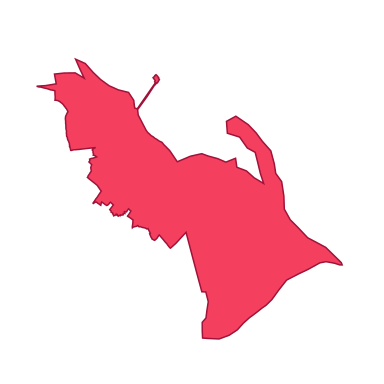 outline of Toliary-I, Atsimo-Andrefana, Madagascar, rotated 171°
{"feature_id": "10022922B36331574429859", "entity_name": "Toliary-I", "entity_type": "district", "adm_level": 2, "iso_a3": "MDG", "parent_name": "Madagascar", "parent_adm1": "Atsimo-Andrefana", "projection": "mercator", "projection_center": [43.678, -23.343], "detail": "fine", "context": "isolated", "style": "filled", "palette": "rose", "viewbox_px": 384, "rotation_deg": 171, "n_neighbors": 0, "source": "geoboundaries", "source_scale": "gbopen_adm2", "svg_char_len": 4992}
<svg xmlns="http://www.w3.org/2000/svg" viewBox="0 0 384 384"><g transform="rotate(171 192 192)"><path d="M328.9,320.8L327.2,319.8L325.3,319.4L323.1,318.4L321.4,317.7L319.7,317.0L318.1,316.3L316.9,315.6L315.7,315.0L314.1,314.5L312.8,314.0L311.6,313.5L311.7,312.4L311.9,311.1L312.0,310.1L312.1,309.3L312.1,308.5L312.2,307.8L312.3,307.0L312.5,306.1L312.7,305.0L313.0,304.1L311.6,303.8L310.2,303.2L308.6,302.1L307.9,301.3L307.1,300.5L306.2,299.5L305.3,298.2L304.7,296.8L304.1,295.9L303.7,294.9L303.2,294.2L302.7,293.1L302.3,291.8L301.9,290.6L302.5,290.1L303.3,289.1L303.9,288.1L304.6,287.1L305.1,286.2L305.4,285.1L305.6,284.3L305.6,284.2L305.7,283.3L305.7,282.5L305.8,281.2L306.0,280.2L306.1,279.0L306.1,277.8L306.2,276.8L306.4,275.9L306.5,275.0L306.6,274.3L306.6,274.0L306.5,273.2L306.5,272.6L306.5,271.6L306.6,270.8L306.9,269.9L306.9,268.9L306.9,268.2L307.1,267.1L307.0,266.3L306.6,265.7L306.7,264.7L306.6,264.1L306.6,263.1L306.2,262.2L305.9,260.8L305.6,259.6L305.6,258.4L305.7,257.4L305.5,256.4L305.9,256.0L305.4,254.7L305.3,252.1L304.4,251.9L303.6,252.1L301.9,252.2L300.1,251.9L298.7,251.9L297.1,251.7L295.5,251.7L280.2,251.0L281.5,250.6L282.4,250.3L282.7,250.0L283.3,249.8L283.8,249.6L283.9,248.7L283.6,248.3L283.3,247.6L283.4,247.0L283.6,246.6L283.6,246.0L283.3,245.4L283.5,244.5L283.8,243.8L283.2,243.6L282.3,243.2L280.7,241.6L281.4,241.4L282.4,241.3L283.4,241.1L284.5,240.9L286.3,240.9L288.0,240.5L288.0,239.9L288.0,238.8L288.9,238.1L289.1,237.8L286.8,234.7L288.2,231.9L288.2,228.4L289.1,227.5L290.0,226.5L290.7,225.6L292.0,224.3L292.7,223.0L293.0,222.8L291.7,221.2L285.0,213.9L284.7,213.5L284.3,212.8L283.8,211.7L283.6,211.3L282.8,209.6L282.1,208.2L281.5,207.0L282.6,205.9L284.2,204.2L286.7,201.4L288.0,200.3L289.4,198.7L291.5,196.5L291.3,196.1L290.8,196.3L290.1,196.6L288.8,197.2L288.2,197.1L287.3,196.2L286.7,195.5L286.1,195.0L285.2,194.2L284.5,193.3L284.2,193.1L283.9,193.9L283.1,195.9L282.9,196.3L282.2,195.8L281.8,195.3L279.5,193.0L278.3,192.0L277.9,192.2L277.5,192.2L277.0,192.4L276.1,193.0L275.6,193.5L274.9,194.2L274.2,194.7L271.8,191.6L271.7,191.5L275.2,188.2L276.0,187.4L275.7,187.0L275.4,186.6L274.9,185.9L275.1,184.8L275.0,184.6L274.3,184.2L273.7,183.8L273.7,183.3L273.8,182.9L273.4,182.5L273.4,182.1L273.1,180.7L272.4,180.9L271.7,180.9L270.7,181.8L270.5,181.5L270.1,181.1L269.8,181.6L269.5,181.1L269.4,180.9L269.2,181.2L268.9,180.7L268.7,180.1L268.6,179.7L268.0,179.9L267.6,179.9L267.3,180.1L266.5,180.4L266.4,179.9L265.8,180.3L265.5,180.2L265.1,180.3L263.7,180.1L263.5,180.3L263.3,181.4L261.6,181.2L262.0,183.0L261.6,183.2L261.4,183.1L260.2,182.6L259.8,182.6L258.6,184.0L258.3,184.3L257.3,185.3L256.9,184.8L256.4,184.1L255.7,183.2L255.3,182.8L256.1,181.9L256.6,181.2L258.2,179.5L259.5,178.3L259.3,178.0L258.8,177.5L258.6,177.6L257.5,176.5L255.7,174.6L255.3,174.2L254.7,173.9L254.7,173.5L255.3,170.6L256.4,167.0L256.5,166.3L256.5,166.0L256.1,166.3L255.6,166.5L254.3,166.7L253.7,166.7L252.4,166.8L251.7,167.0L251.0,167.4L250.5,167.2L250.3,166.3L249.3,165.8L248.6,165.9L246.4,164.7L244.7,164.1L244.0,163.8L243.2,163.3L242.6,162.7L242.3,162.5L241.8,162.7L241.1,162.7L240.9,161.8L240.6,160.7L240.3,159.9L240.1,159.0L239.6,157.8L240.4,157.4L240.0,155.8L239.5,153.7L239.0,152.8L238.9,151.9L237.9,151.1L237.0,150.4L236.4,150.1L235.1,150.9L233.7,151.9L232.0,153.9L231.1,154.6L229.9,152.8L227.8,149.4L226.2,146.6L225.0,144.9L224.2,143.2L222.7,140.5L222.0,139.9L216.1,143.7L204.2,153.1L200.0,111.5L197.9,91.9L194.0,91.1L193.1,81.1L195.9,72.4L197.9,65.4L202.3,61.7L203.6,53.3L204.4,46.1L199.4,44.9L188.2,42.6L177.7,44.7L168.7,48.8L161.8,54.4L155.0,58.8L146.8,63.1L141.0,66.4L136.5,68.6L130.0,73.2L121.1,82.1L112.3,90.2L109.0,91.3L100.3,94.2L89.2,97.5L76.8,102.0L70.5,102.2L62.5,99.4L57.5,96.9L55.1,96.5L55.6,98.9L68.6,116.4L76.9,122.7L84.9,128.7L92.7,140.1L99.3,149.2L103.5,160.7L101.9,173.6L101.8,188.2L106.4,197.3L106.3,206.8L107.7,220.3L114.6,231.1L119.4,240.3L125.9,249.7L136.8,260.0L146.9,256.4L147.9,244.5L136.4,238.8L130.5,226.8L123.4,221.3L122.5,211.2L121.6,199.8L119.9,189.2L128.3,196.2L134.9,204.3L143.8,209.4L143.7,218.5L153.9,216.2L161.5,221.0L170.4,225.0L176.3,228.3L180.2,228.1L187.9,227.6L196.8,225.4L201.8,224.2L202.8,226.3L207.0,235.3L208.0,237.1L209.2,238.7L210.6,240.7L212.4,243.1L213.9,245.8L216.5,247.5L218.4,249.4L220.3,250.9L221.8,252.7L223.5,254.0L224.9,255.9L226.0,257.2L226.6,258.0L227.7,260.3L233.1,276.5L232.8,281.9L221.6,293.1L212.1,303.6L211.8,303.5L210.0,305.2L209.7,304.9L209.1,305.5L209.0,305.4L208.8,305.5L208.3,306.1L207.8,306.7L206.6,308.2L207.3,309.7L207.0,310.0L208.3,312.4L209.2,313.5L210.5,312.8L210.5,312.4L212.6,311.0L210.9,307.8L211.7,306.7L211.1,305.6L233.1,282.7L233.3,282.9L233.6,283.0L234.0,283.2L234.6,283.5L234.9,283.7L235.1,283.8L235.5,284.0L235.2,291.7L239.1,300.3L248.8,304.4L253.5,307.5L257.1,309.8L264.7,317.4L269.8,324.1L271.0,325.7L274.2,330.7L277.3,335.6L286.2,341.4L283.6,331.4L280.7,321.3L288.7,327.9L299.6,329.5L309.4,330.0L309.2,320.1L319.9,320.0L328.9,320.8Z" fill="#f43f5e" stroke="#9f1239" stroke-width="1.5"/></g></svg>